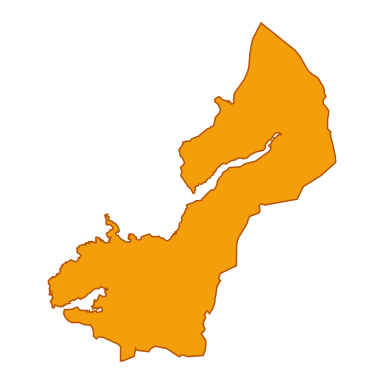 Etne nor, Hordaland, Norway (Mercator projection)
{"feature_id": "86288312B21434642963", "entity_name": "Etne nor", "entity_type": "district", "adm_level": 2, "iso_a3": "NOR", "parent_name": "Norway", "parent_adm1": "Hordaland", "projection": "mercator", "projection_center": [6.058, 59.799], "detail": "fine", "context": "isolated", "style": "filled", "palette": "amber", "viewbox_px": 384, "rotation_deg": 0, "n_neighbors": 0, "source": "geoboundaries", "source_scale": "gbopen_adm2", "svg_char_len": 5950}
<svg xmlns="http://www.w3.org/2000/svg" viewBox="0 0 384 384"><path d="M335.7,162.4L335.3,156.0L332.0,141.0L330.7,137.3L330.6,131.8L327.5,128.7L327.6,118.7L328.6,114.2L328.6,110.3L323.5,103.8L323.1,101.7L323.7,99.4L326.0,96.4L324.5,93.7L324.0,89.2L323.1,86.6L317.7,77.6L312.4,74.5L307.9,70.3L300.5,57.3L295.3,50.5L261.0,23.0L253.4,37.7L252.1,41.2L249.9,53.7L248.9,67.0L247.8,71.2L244.4,79.2L234.6,93.1L233.9,95.2L234.1,98.4L233.4,99.7L234.0,102.3L233.7,103.3L231.4,104.2L230.9,103.8L230.7,102.4L228.8,100.8L228.1,102.3L227.3,101.0L222.5,99.9L219.9,96.9L218.1,97.0L215.1,98.8L214.6,100.1L214.8,101.5L219.0,105.2L219.0,106.4L220.2,108.4L220.4,110.1L219.2,113.2L215.6,117.2L213.4,126.2L211.0,126.7L209.0,128.5L207.3,128.9L198.5,136.2L191.9,138.8L189.3,141.4L185.3,141.2L184.9,141.9L182.9,142.1L182.6,145.1L179.5,148.6L179.6,149.4L178.9,150.5L179.7,151.6L180.2,156.1L182.5,158.0L184.7,163.2L180.6,167.6L181.9,170.4L180.9,175.9L188.1,186.5L190.8,188.9L193.3,193.6L194.7,192.5L194.5,190.7L195.7,189.7L194.9,187.3L195.5,186.4L198.3,185.6L199.3,183.9L201.5,184.3L203.4,182.6L205.3,182.2L207.9,178.7L210.4,177.6L211.4,175.7L213.5,174.6L213.8,172.3L215.3,171.7L216.7,168.6L219.1,166.9L220.8,164.2L222.0,164.4L223.5,163.2L225.9,164.0L231.1,160.7L235.2,159.9L238.2,158.0L241.1,158.0L243.1,158.8L247.1,157.8L250.6,154.6L255.8,152.1L263.5,150.2L265.4,147.9L265.1,145.5L265.5,144.1L269.0,140.0L270.8,139.7L274.6,133.7L277.3,132.5L279.4,133.1L280.5,134.6L281.3,133.7L281.8,133.4L281.1,134.6L280.0,134.6L279.4,134.0L279.4,134.8L277.8,135.2L275.7,137.8L274.3,137.6L273.3,139.9L271.8,141.4L271.0,144.0L268.9,145.3L269.5,146.6L270.6,146.6L270.3,146.9L271.1,148.5L269.5,151.2L255.5,161.2L244.6,163.9L240.6,166.8L229.1,167.6L227.5,169.7L223.8,171.9L222.5,173.3L222.4,174.4L221.4,176.0L218.7,178.7L218.6,179.6L217.4,181.1L217.2,183.6L216.0,186.9L214.1,189.5L210.5,190.4L201.7,199.2L201.5,200.5L196.1,200.8L193.6,202.5L187.1,204.6L186.3,205.7L187.3,206.7L187.0,207.8L186.0,209.0L185.4,211.2L184.6,211.7L184.3,213.4L182.0,216.5L181.5,218.1L181.9,220.0L181.6,221.4L179.5,223.4L178.7,228.5L176.6,231.1L176.4,232.8L176.0,233.4L175.6,232.8L175.8,231.5L175.0,232.0L174.9,232.8L173.5,233.9L174.3,234.6L173.0,234.8L171.5,236.5L170.5,238.9L167.6,240.8L166.0,240.7L162.7,238.0L160.1,237.7L159.2,236.3L152.6,236.8L149.2,234.0L142.1,236.5L141.0,237.8L141.3,239.2L139.0,240.0L136.5,239.3L136.1,236.9L134.7,236.5L133.3,234.4L130.8,234.0L130.4,234.8L129.7,234.1L128.6,234.9L129.2,235.5L129.1,236.9L127.9,236.3L128.7,237.0L128.5,238.0L129.1,238.9L127.7,238.2L128.9,239.3L130.8,239.5L130.9,240.3L130.2,241.8L125.7,242.2L124.5,240.9L120.8,239.0L118.1,235.6L116.4,234.7L115.5,233.1L117.0,231.8L118.3,232.4L119.2,231.1L118.9,229.2L117.5,226.1L115.6,223.6L112.5,222.5L112.3,221.3L108.6,220.2L109.1,217.0L107.5,216.1L107.8,214.3L105.5,214.4L104.9,215.5L105.6,216.0L105.1,217.0L106.0,217.4L106.0,218.4L106.9,219.4L106.0,220.6L106.6,222.3L106.0,222.5L106.3,224.2L107.2,224.9L110.3,224.5L113.0,227.7L113.1,228.7L112.6,229.5L110.5,229.6L108.7,232.1L106.5,233.3L106.5,234.7L108.4,237.7L111.0,237.4L109.7,239.9L109.2,240.4L109.5,239.2L108.8,240.2L109.8,242.2L105.2,243.0L102.5,240.1L102.1,240.4L102.5,240.5L102.3,241.0L101.5,240.2L100.8,240.8L100.7,239.4L99.9,238.2L99.4,238.4L99.8,239.5L98.2,237.4L96.3,237.2L95.5,238.4L96.2,239.7L95.8,241.1L96.4,242.2L95.9,242.8L91.3,241.4L90.1,242.8L89.8,241.7L88.9,241.6L88.2,242.1L88.2,243.4L86.0,242.7L85.1,243.8L85.6,244.8L83.3,244.4L79.9,245.7L78.4,246.7L78.7,247.4L78.1,248.0L76.7,248.2L77.5,250.6L77.0,250.8L77.3,252.5L80.8,255.1L79.7,257.6L78.4,257.9L79.1,258.3L76.9,261.5L74.9,261.6L70.9,259.8L66.6,262.7L65.7,261.9L65.1,263.3L62.9,264.4L62.9,265.0L62.1,265.3L62.1,266.1L61.4,266.2L61.7,267.3L60.1,268.6L60.5,269.4L60.0,269.8L60.5,270.4L58.9,273.8L56.9,274.1L57.6,274.9L56.3,275.3L55.2,277.2L52.7,276.7L52.0,278.0L51.4,277.7L48.3,280.7L48.7,282.6L48.4,283.7L49.5,284.8L50.1,286.6L49.5,287.7L49.4,289.4L50.6,290.9L49.5,291.2L49.8,292.5L49.2,294.6L50.9,295.1L51.8,293.4L52.0,295.4L52.8,296.8L52.2,297.7L52.8,298.6L50.9,300.5L51.2,301.5L50.9,301.7L51.3,301.8L51.3,303.4L52.6,305.0L52.2,306.0L52.4,307.5L53.6,308.1L54.7,307.1L54.4,305.8L55.1,305.0L58.9,306.5L63.1,306.5L63.6,305.4L65.1,305.3L65.7,304.2L69.3,303.5L68.8,303.3L68.8,302.5L72.4,300.1L73.5,300.6L78.1,297.9L79.4,298.2L80.2,299.4L85.6,296.6L87.7,294.1L90.6,292.4L93.7,289.5L96.3,288.3L99.1,288.8L100.3,286.5L106.3,289.0L105.5,288.9L105.2,289.1L106.1,289.3L105.8,289.4L107.1,288.9L106.9,289.7L107.1,289.0L107.3,289.7L104.9,290.8L105.3,293.5L106.5,293.9L106.1,295.6L103.9,296.8L99.5,295.0L99.5,295.6L98.6,296.4L98.6,297.2L96.7,300.7L95.5,300.9L94.9,299.8L93.9,300.8L94.4,302.3L93.7,303.0L94.2,304.2L91.6,306.6L92.6,307.5L92.9,308.7L93.6,307.4L94.3,308.5L96.2,308.3L96.8,309.3L97.3,307.9L98.8,308.6L99.1,307.6L101.6,307.3L102.3,309.4L101.8,311.5L97.1,312.5L96.7,311.4L94.4,310.8L93.1,311.9L92.1,311.4L91.5,312.6L89.9,312.0L89.2,310.6L88.7,311.9L87.3,311.8L87.5,311.1L86.7,310.1L85.6,310.9L81.4,310.1L80.4,310.7L78.9,309.3L77.8,307.3L76.9,307.1L72.1,309.2L64.3,309.7L63.7,313.8L65.4,317.5L68.2,320.7L72.0,322.6L78.7,322.4L84.9,324.8L90.4,325.2L92.4,327.6L93.5,331.6L93.4,336.0L96.4,338.9L98.2,336.8L103.0,337.3L118.1,344.1L120.6,346.7L120.5,361.0L123.4,360.7L134.2,356.3L135.6,348.5L136.3,349.7L137.9,350.4L148.8,351.7L150.4,348.9L155.3,346.2L166.9,348.6L178.1,356.1L179.9,356.6L182.4,354.7L187.9,356.6L203.2,355.5L205.4,349.5L205.5,346.2L206.0,344.1L205.5,340.1L201.3,333.6L204.2,330.8L204.9,328.4L203.2,325.9L203.8,321.1L205.7,317.8L204.4,314.3L206.2,312.6L206.4,311.4L207.5,311.1L209.5,313.7L212.5,309.1L214.9,302.2L214.9,298.9L215.7,295.5L216.8,287.6L217.3,286.7L216.9,286.1L218.2,284.7L219.5,281.6L220.6,280.9L218.6,278.5L219.7,275.4L219.4,274.5L220.8,273.2L236.3,265.8L236.7,243.7L237.4,240.8L238.5,237.6L246.5,224.5L249.4,216.5L259.2,212.8L259.9,210.3L259.3,205.6L261.3,203.9L264.9,205.0L297.0,199.2L303.4,186.5L320.8,175.7L335.7,162.4Z" fill="#f59e0b" stroke="#b45309" stroke-width="1.5"/></svg>